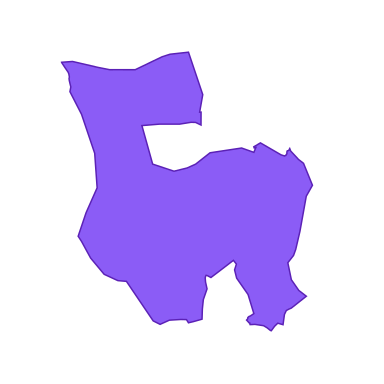 outline of Goronyo, Sokoto, Nigeria, rotated 170°
{"feature_id": "59680162B20432910054227", "entity_name": "Goronyo", "entity_type": "district", "adm_level": 2, "iso_a3": "NGA", "parent_name": "Nigeria", "parent_adm1": "Sokoto", "projection": "equal_earth", "projection_center": [5.745, 13.352], "detail": "fine", "context": "isolated", "style": "filled", "palette": "violet", "viewbox_px": 384, "rotation_deg": 170, "n_neighbors": 0, "source": "geoboundaries", "source_scale": "gbopen_adm2", "svg_char_len": 1620}
<svg xmlns="http://www.w3.org/2000/svg" viewBox="0 0 384 384"><g transform="rotate(170 192 192)"><path d="M252.6,71.8L246.4,67.2L236.5,69.7L230.3,69.0L225.1,68.4L219.6,67.3L218.2,63.8L213.2,64.1L204.2,65.0L202.1,75.0L199.5,84.1L194.0,94.0L194.3,100.9L193.9,105.2L193.3,106.5L192.6,107.5L191.6,107.1L188.2,104.5L180.6,108.4L163.1,117.5L160.8,113.3L163.6,107.9L163.0,99.4L154.6,81.3L152.2,61.5L156.0,59.8L157.5,59.5L158.8,58.7L159.1,57.5L160.5,56.4L158.4,53.1L157.8,52.8L157.9,52.2L157.9,51.9L157.8,51.3L153.0,50.7L144.7,47.9L141.7,45.3L138.8,42.0L138.0,41.6L134.0,45.4L130.3,47.9L125.4,45.5L122.2,55.4L119.7,58.9L117.0,59.8L114.4,60.4L97.5,69.5L103.9,76.5L109.4,88.4L109.9,105.7L103.0,111.9L99.8,117.5L92.5,134.6L80.2,168.0L72.2,177.7L77.2,200.9L81.5,205.6L82.6,207.4L87.7,215.2L88.2,217.8L88.8,217.1L89.4,216.2L90.2,216.0L91.0,216.0L91.5,215.2L91.8,213.9L91.9,213.1L92.7,212.6L93.2,211.7L94.3,211.6L94.5,211.4L97.8,213.1L116.1,228.5L123.3,225.8L123.1,224.6L121.4,224.7L124.2,220.3L135.5,226.7L167.4,227.5L183.6,218.8L192.7,216.5L206.1,215.6L225.9,226.3L229.8,266.1L212.4,264.5L192.5,261.0L180.8,260.8L176.4,259.9L171.5,256.4L169.2,269.1L170.6,269.3L164.5,286.0L171.2,330.3L189.7,331.5L197.8,330.4L206.8,327.9L226.7,322.3L246.9,325.9L251.7,326.7L263.1,331.1L287.0,341.3L297.9,342.4L297.9,342.2L295.6,336.8L293.2,331.5L292.8,329.7L292.8,326.6L293.4,325.0L293.5,323.0L293.3,319.5L293.1,316.5L294.8,312.0L287.3,287.7L281.1,247.0L284.7,212.6L299.9,190.0L311.8,168.2L309.4,162.6L305.7,151.6L303.3,144.5L292.8,126.2L280.4,117.6L272.9,115.6L272.1,115.4L252.6,71.8Z" fill="#8b5cf6" stroke="#5b21b6" stroke-width="1.5"/></g></svg>